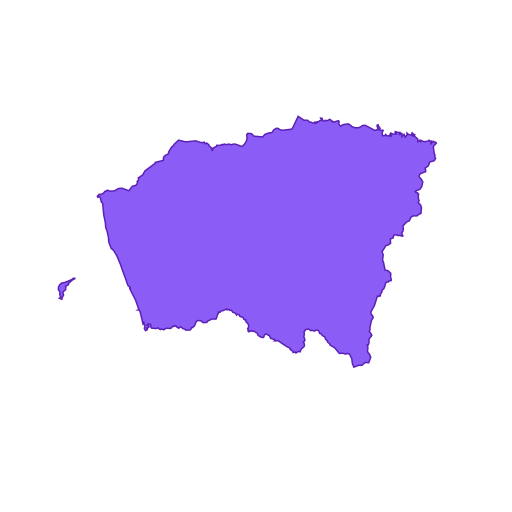 outline of Bang Saphan Noi, Prachuap Khiri Khan, Thailand, rotated 167°
{"feature_id": "78962969B56778840281183", "entity_name": "Bang Saphan Noi", "entity_type": "district", "adm_level": 2, "iso_a3": "THA", "parent_name": "Thailand", "parent_adm1": "Prachuap Khiri Khan", "projection": "albers", "projection_center": [99.369, 11.087], "detail": "fine", "context": "isolated", "style": "filled", "palette": "violet", "viewbox_px": 512, "rotation_deg": 167, "n_neighbors": 0, "source": "geoboundaries", "source_scale": "gbopen_adm2", "svg_char_len": 6085}
<svg xmlns="http://www.w3.org/2000/svg" viewBox="0 0 512 512"><g transform="rotate(167 256 256)"><path d="M170.2,126.6L167.0,131.5L167.4,134.5L168.7,137.1L168.7,138.6L167.6,141.3L167.6,144.4L166.6,144.1L165.4,146.2L164.5,149.7L161.0,152.5L161.5,154.9L162.7,157.0L161.6,158.2L161.0,160.9L158.1,167.1L155.6,169.7L155.9,171.7L156.8,173.0L156.7,175.6L151.8,181.0L146.8,189.5L146.3,189.6L145.4,188.9L144.9,189.4L143.8,189.2L143.6,190.3L141.2,193.0L140.7,194.5L139.0,195.2L137.5,197.1L135.8,200.5L134.6,201.1L132.6,201.0L132.0,201.9L130.0,201.6L129.5,202.1L129.6,205.3L128.6,208.8L130.6,211.9L133.4,213.3L133.2,221.3L133.6,223.6L131.8,228.4L132.2,231.8L127.1,236.9L124.8,237.0L122.0,238.1L121.3,242.3L118.3,242.8L117.2,245.1L115.0,245.4L113.2,244.0L111.4,243.8L109.1,242.4L108.4,242.5L109.0,245.5L107.3,247.0L106.4,249.0L106.0,252.3L101.3,255.4L98.7,255.8L96.1,259.1L93.8,259.7L90.0,258.9L88.2,259.9L85.7,260.4L83.9,266.0L84.2,268.9L85.9,271.4L84.6,273.3L84.9,274.8L84.3,278.4L83.6,279.5L84.5,281.3L86.2,282.3L86.4,282.9L85.9,283.4L81.1,284.2L78.6,286.8L76.8,290.7L77.9,294.2L79.1,296.0L79.2,296.9L78.2,298.6L77.0,299.3L71.8,300.0L71.4,300.9L71.4,303.6L68.3,304.8L67.2,305.8L65.7,308.5L61.0,308.7L59.3,310.3L59.1,311.3L59.6,312.7L58.9,314.1L59.3,315.8L58.7,322.3L58.0,323.4L54.9,325.3L55.2,326.2L57.5,327.8L60.4,325.9L60.4,327.0L59.3,328.5L60.5,328.6L61.4,329.9L63.0,329.2L66.1,329.5L67.9,330.3L68.8,331.3L70.2,330.4L70.3,332.0L72.6,331.0L72.1,333.6L74.7,337.3L76.0,337.5L75.7,338.3L74.3,338.0L74.0,338.4L75.0,339.1L76.2,340.9L76.7,340.4L76.8,338.9L77.6,338.7L80.3,340.4L81.2,341.8L81.7,339.8L83.9,338.2L84.3,341.2L87.0,339.4L86.2,342.5L87.4,343.2L87.9,342.1L88.8,342.1L88.1,344.1L89.6,344.3L92.3,345.9L92.7,345.3L91.8,344.3L91.8,343.2L95.4,344.1L97.0,345.5L98.1,344.2L96.9,343.2L97.8,342.1L99.1,343.2L101.1,343.5L102.4,345.3L103.3,344.3L105.6,344.7L105.5,347.4L103.9,349.8L104.8,350.3L106.6,350.3L107.8,351.2L106.3,352.4L107.5,355.1L107.5,356.4L108.3,356.4L108.8,355.7L108.6,352.2L111.8,351.5L120.2,358.8L122.8,359.2L124.9,358.3L127.6,357.9L130.8,358.8L133.8,360.7L134.1,361.7L136.3,364.0L141.6,364.4L144.5,363.4L145.5,365.8L145.5,367.2L144.8,368.0L145.1,369.3L150.6,369.0L150.8,369.8L152.0,370.1L151.9,370.9L153.4,372.6L155.8,371.8L158.1,372.6L158.5,372.0L159.8,372.2L160.6,373.7L161.2,373.8L160.5,375.1L161.9,375.8L161.6,374.5L162.0,373.4L163.1,373.6L165.4,372.6L166.2,373.1L166.8,372.6L167.4,372.9L167.6,372.1L168.3,372.7L168.2,371.9L168.6,371.8L169.5,372.7L170.8,372.7L171.9,373.8L173.9,374.6L175.0,376.6L178.7,377.5L183.5,382.6L191.7,372.3L193.0,371.6L201.7,372.5L204.0,373.5L205.9,375.4L207.4,375.9L210.2,375.0L212.6,372.7L216.1,373.0L220.1,372.5L222.6,370.5L231.0,373.2L232.9,376.2L236.5,377.4L237.8,376.3L238.1,373.1L239.6,370.0L242.0,367.6L245.0,365.8L250.7,369.5L252.5,370.1L255.3,370.0L257.2,371.2L259.6,371.1L261.8,372.2L263.1,371.6L263.6,372.3L266.4,371.9L269.3,372.7L269.7,371.8L274.0,370.7L274.0,369.6L274.8,368.8L275.3,369.6L274.8,370.9L277.0,374.0L276.9,375.0L278.7,377.2L280.3,376.8L281.0,378.7L282.4,378.4L284.7,379.2L288.7,381.7L299.0,383.1L305.4,386.3L310.7,383.2L311.4,382.1L313.4,381.4L317.6,377.2L318.4,375.2L321.3,374.6L323.8,373.2L324.8,370.0L333.0,369.9L333.1,369.1L344.9,364.0L348.5,360.2L351.1,359.5L352.0,358.5L353.0,358.8L353.2,357.0L354.1,355.8L355.0,355.4L354.8,354.5L356.0,352.7L357.2,351.9L360.8,351.8L365.2,348.2L371.3,352.2L374.9,352.7L378.8,351.4L381.1,351.5L384.2,352.2L385.5,353.4L386.8,353.4L387.3,352.8L388.5,353.1L390.2,351.7L392.7,350.8L394.8,351.4L397.2,349.9L396.8,348.7L395.5,349.2L394.7,348.3L394.5,343.1L393.9,342.8L393.6,341.4L395.1,330.4L395.3,322.6L396.0,317.5L395.5,313.4L395.6,307.1L396.3,303.0L396.0,299.9L395.3,295.6L394.7,295.5L393.2,292.7L391.6,287.6L390.1,279.2L387.4,256.0L385.7,253.7L385.8,252.1L385.9,253.6L386.3,253.2L386.2,251.8L383.3,240.3L382.2,230.3L383.2,230.0L381.9,229.7L381.4,227.0L381.4,216.2L380.8,217.2L380.1,216.7L380.6,214.6L379.8,212.5L381.1,210.7L380.5,208.1L378.6,208.6L378.0,209.5L378.5,210.0L378.3,210.5L376.0,211.0L376.2,212.8L377.5,212.8L377.6,213.6L376.7,214.0L374.0,213.0L374.4,210.5L374.1,209.3L369.8,207.8L367.4,207.9L366.6,206.5L365.6,205.8L365.1,206.1L363.2,205.6L362.7,204.9L359.4,205.8L356.0,204.7L354.7,204.9L353.4,206.2L352.8,205.9L352.4,206.3L351.8,205.8L350.4,206.3L349.4,204.9L348.8,205.0L348.9,204.4L347.6,203.0L345.4,204.0L343.4,201.6L341.7,200.7L341.3,199.7L337.1,198.7L336.0,199.1L335.0,200.7L333.5,200.5L332.9,201.3L331.8,201.6L328.6,206.0L326.6,206.1L324.3,205.3L322.6,203.0L318.9,202.3L317.9,203.4L313.0,204.5L309.4,203.6L308.9,203.7L307.0,207.0L305.4,208.8L305.4,209.8L303.6,209.3L302.3,210.3L300.2,210.2L296.5,211.0L296.3,210.0L294.2,209.9L293.7,208.9L292.0,208.5L291.4,206.6L288.7,204.7L288.3,202.9L287.7,203.4L285.6,202.6L285.4,200.9L282.2,198.8L282.2,197.3L281.4,196.4L280.5,196.2L280.7,195.3L280.1,194.6L280.4,193.9L279.2,192.1L278.8,190.2L279.5,187.7L280.4,187.4L280.1,186.3L280.6,185.6L280.0,184.9L280.5,184.5L280.1,183.8L277.3,184.1L276.4,183.4L275.3,183.5L272.2,180.5L271.8,178.1L269.2,175.7L267.4,174.9L266.9,175.0L265.5,177.2L263.7,177.9L261.8,176.0L261.0,175.9L260.3,172.5L256.8,170.5L256.4,169.8L257.1,169.2L253.6,168.5L246.3,160.7L243.5,158.5L243.8,157.3L241.5,154.8L241.6,153.6L239.4,153.6L238.9,152.5L236.9,153.3L235.2,153.2L234.6,152.7L232.9,155.1L229.6,156.9L228.9,157.9L228.7,160.0L229.3,161.5L228.0,162.1L227.2,163.1L227.5,167.0L226.4,168.9L226.5,170.7L224.3,173.1L221.2,173.1L219.4,170.9L217.9,171.0L216.3,169.7L213.1,170.3L211.8,169.0L211.3,166.1L210.0,165.6L209.3,163.6L207.2,161.7L207.0,159.2L205.6,157.6L205.7,156.1L204.0,154.1L203.9,152.6L200.0,148.9L196.8,142.4L193.0,141.6L190.8,140.3L188.4,140.3L187.0,139.4L185.8,134.5L186.3,129.3L185.6,125.7L180.8,126.4L177.4,125.7L173.4,127.7L170.2,126.6ZM457.1,259.1L454.9,257.5L454.3,259.0L452.3,261.2L452.3,264.3L449.2,265.9L448.4,267.7L448.4,269.3L445.3,270.2L445.1,271.0L443.9,272.0L440.6,273.8L437.6,274.7L437.6,275.1L438.7,275.4L441.2,274.4L448.6,273.2L451.5,273.4L453.8,272.1L455.5,270.0L456.1,267.8L455.1,264.7L455.9,262.8L455.6,259.8L457.1,259.1Z" fill="#8b5cf6" stroke="#5b21b6" stroke-width="1.5"/></g></svg>